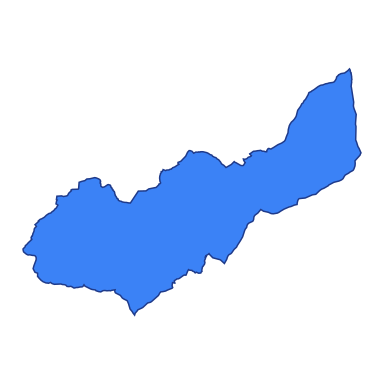 the district of Meresti, Harghita, Romania
{"feature_id": "2599482B24897883933358", "entity_name": "Meresti", "entity_type": "district", "adm_level": 2, "iso_a3": "ROU", "parent_name": "Romania", "parent_adm1": "Harghita", "projection": "albers", "projection_center": [25.555, 46.251], "detail": "fine", "context": "isolated", "style": "filled", "palette": "blue", "viewbox_px": 384, "rotation_deg": 0, "n_neighbors": 0, "source": "geoboundaries", "source_scale": "gbopen_adm2", "svg_char_len": 5960}
<svg xmlns="http://www.w3.org/2000/svg" viewBox="0 0 384 384"><path d="M134.6,315.1L135.2,313.2L137.2,310.9L137.9,309.8L141.7,308.1L142.9,307.4L147.6,303.0L150.3,302.3L151.4,301.7L158.4,295.5L159.8,293.0L160.7,291.9L163.0,291.6L165.7,291.0L167.4,290.1L172.0,288.3L172.7,287.6L172.1,285.8L172.5,282.6L174.8,283.1L174.7,282.2L174.2,281.2L174.3,280.8L174.6,280.5L175.9,279.7L176.8,279.0L178.4,278.8L179.5,278.3L183.5,275.4L184.8,275.0L185.9,275.2L186.1,275.0L187.5,271.5L188.5,269.6L189.6,270.2L192.0,270.4L192.4,271.0L194.3,271.8L194.7,272.5L195.2,272.9L196.4,272.2L198.6,273.2L200.8,273.0L201.2,272.1L202.0,271.4L201.8,270.2L202.0,269.1L202.5,266.8L203.2,266.2L203.6,265.4L204.4,264.5L204.9,262.8L204.9,262.0L204.6,261.8L204.5,261.0L204.9,259.6L205.4,258.8L205.5,257.8L205.2,257.6L205.3,256.9L206.3,256.7L206.4,256.4L206.0,255.9L205.9,255.7L208.3,254.3L209.0,253.6L209.7,254.6L212.8,257.8L220.0,259.7L220.7,260.1L224.4,263.5L226.7,259.4L227.5,256.9L228.3,255.4L229.1,254.6L230.7,253.8L231.6,253.0L234.1,249.4L236.5,247.2L237.5,245.2L240.4,240.7L242.6,236.9L244.7,230.4L245.3,229.1L246.6,227.5L247.1,225.3L247.7,224.2L249.0,223.0L252.3,221.5L253.0,221.0L253.6,219.6L253.9,217.1L254.3,216.1L255.3,214.9L257.8,213.1L260.8,209.5L263.5,211.2L268.4,212.3L271.2,213.6L273.3,213.8L277.4,213.1L279.0,212.3L280.4,211.3L284.1,209.1L289.0,207.0L291.1,206.5L294.3,205.1L297.1,204.5L297.2,203.0L297.8,200.5L298.5,199.2L299.2,198.6L305.2,198.0L312.5,194.8L315.8,194.3L319.0,191.2L320.5,189.9L321.8,189.1L324.0,188.2L327.3,186.3L328.3,185.7L328.8,185.0L333.9,182.3L339.1,181.0L341.5,179.9L343.0,178.7L344.4,176.2L345.3,175.0L348.7,173.1L350.1,172.0L352.4,170.8L353.3,170.1L354.0,168.8L355.0,165.9L355.2,163.4L355.0,160.8L360.0,155.2L360.6,153.5L361.0,152.9L359.1,148.5L357.9,146.5L356.6,142.2L355.7,140.0L356.0,126.5L355.5,124.3L355.6,122.1L356.2,114.4L353.9,108.2L353.4,106.0L353.7,102.2L351.4,87.5L351.3,87.0L351.1,86.7L351.5,83.2L351.7,82.2L351.5,80.7L351.9,79.7L351.6,77.4L351.7,77.1L351.1,73.1L350.9,73.2L350.7,72.3L350.2,71.6L350.4,71.2L350.1,69.9L349.5,68.9L347.8,70.7L344.6,73.0L341.0,73.6L338.5,74.9L338.3,75.4L338.0,75.6L336.6,77.0L336.4,78.4L335.9,79.4L335.1,80.7L334.1,81.9L333.0,82.4L328.9,83.0L327.5,83.5L325.6,83.8L322.6,85.0L321.3,85.1L320.3,85.4L318.1,86.6L313.5,90.0L311.7,91.0L311.3,91.5L309.1,92.5L308.8,92.8L308.3,94.4L305.8,98.9L305.0,99.9L304.1,100.7L303.0,103.0L301.8,103.8L300.6,106.3L297.7,110.3L296.3,115.8L295.9,116.8L294.4,119.1L292.8,120.9L291.4,122.1L290.1,124.1L289.3,125.7L288.3,129.5L288.0,132.8L286.4,136.6L285.3,139.9L284.4,141.2L281.6,143.1L278.1,144.6L276.5,145.6L273.4,147.6L271.9,148.4L271.6,148.8L270.6,149.0L269.1,148.5L268.4,148.5L268.0,148.7L268.0,149.0L266.9,150.3L266.7,151.7L265.1,151.7L264.0,151.2L262.4,151.2L261.0,150.5L260.2,150.3L259.3,150.6L258.2,150.6L255.5,151.1L253.4,151.3L250.5,153.4L249.7,153.8L249.9,154.3L251.4,155.6L250.9,156.3L249.9,156.8L248.3,157.2L246.8,158.7L244.8,159.3L243.4,159.0L243.6,160.1L244.0,160.7L244.4,161.7L245.2,162.5L243.4,165.4L242.6,165.6L240.9,165.5L235.8,162.6L234.9,162.3L234.2,161.6L231.3,164.5L226.0,167.5L223.9,165.4L221.5,163.8L220.6,162.1L218.6,159.7L217.2,159.0L215.9,157.6L214.6,157.3L213.0,156.4L212.6,156.3L211.8,155.1L210.1,154.6L208.3,153.3L207.6,153.1L207.0,152.7L203.3,151.8L202.0,151.7L200.2,151.8L199.9,152.1L198.6,151.9L198.1,152.2L195.8,152.1L193.7,153.2L192.0,151.3L190.1,150.6L189.1,150.6L187.6,152.2L185.7,156.2L180.8,161.3L178.0,162.4L178.0,163.5L178.8,164.3L178.6,164.4L174.6,167.0L172.7,167.7L172.0,168.5L171.5,168.7L171.2,169.2L170.1,169.2L169.5,169.7L168.4,170.0L166.8,170.0L165.7,170.6L163.1,169.6L162.9,170.3L162.1,171.6L161.2,171.6L161.2,172.6L160.3,174.0L160.4,174.4L159.8,176.1L159.6,178.1L160.0,181.4L160.4,182.2L160.6,183.0L160.0,183.7L158.9,184.1L158.8,184.8L156.8,186.8L156.2,187.4L148.8,188.9L146.0,190.9L138.3,191.1L130.4,203.0L128.5,202.9L126.2,202.4L124.8,202.4L122.1,201.9L121.5,201.4L119.7,201.0L118.4,200.3L118.2,199.4L117.9,199.2L117.8,198.7L117.0,198.5L116.7,197.6L115.8,196.1L115.3,195.6L115.2,194.9L114.7,193.4L114.6,192.3L114.2,191.5L112.9,190.2L113.0,189.7L112.4,189.0L112.0,188.8L111.8,187.8L111.2,187.5L110.8,186.8L110.9,186.2L110.4,185.8L110.3,185.2L108.6,184.6L107.7,184.7L104.6,186.8L102.6,187.4L100.9,186.2L100.8,185.8L100.8,184.1L100.4,183.6L100.5,183.4L100.2,183.1L100.2,182.6L100.2,182.0L100.5,182.0L100.6,181.1L100.0,179.8L98.9,179.0L96.5,178.0L94.8,177.6L89.7,178.8L86.8,179.0L84.9,180.6L81.7,181.4L79.1,182.3L78.6,188.7L78.1,189.2L72.1,189.4L71.0,190.1L71.3,190.8L69.0,192.9L68.4,193.8L67.8,195.1L67.2,195.7L66.3,196.0L63.5,196.5L61.6,195.9L56.9,196.2L56.4,199.6L57.2,200.0L56.6,200.9L56.0,203.9L56.9,204.3L57.9,205.1L56.5,207.6L56.1,208.2L55.0,208.9L54.6,209.6L53.4,210.9L52.3,211.5L50.7,213.1L48.9,213.5L46.4,215.2L44.4,217.2L41.5,218.9L40.7,219.1L39.9,219.5L38.3,221.0L38.7,221.4L35.0,224.7L35.6,225.3L36.4,226.5L35.1,227.7L34.4,228.6L34.2,229.3L34.1,230.6L33.8,231.7L33.5,232.3L32.8,233.9L32.7,234.6L32.3,236.0L31.9,236.0L31.2,237.3L31.1,237.9L31.5,238.4L31.3,239.2L31.7,239.3L31.8,239.5L28.4,242.6L26.5,244.8L25.4,245.5L25.2,246.7L23.0,249.0L23.2,250.5L23.6,251.9L26.4,254.2L28.1,255.0L29.7,254.8L32.5,255.4L34.3,255.5L35.0,255.8L35.7,256.5L36.2,257.8L36.1,259.9L33.9,265.8L33.1,268.7L35.0,272.3L37.6,273.2L37.6,276.7L38.5,277.1L38.8,277.9L41.0,280.2L43.0,281.7L46.1,283.0L47.5,283.0L48.2,283.3L49.7,282.8L50.5,282.4L52.1,283.6L54.3,284.3L61.0,284.0L62.3,284.5L64.6,284.7L65.8,285.1L67.0,286.4L68.9,286.6L70.9,286.3L72.8,287.3L73.6,287.9L74.4,288.0L76.5,287.5L77.9,287.5L79.9,287.0L81.9,286.9L82.6,286.7L83.1,286.2L84.0,284.8L84.9,286.1L90.7,289.0L92.2,289.5L95.1,289.9L95.6,290.1L95.9,290.7L98.6,291.6L100.0,291.8L100.8,291.9L102.9,290.7L104.2,290.5L106.0,290.6L106.8,290.8L109.4,290.6L110.4,290.8L111.9,290.3L115.0,289.8L114.7,290.6L115.0,292.1L115.5,292.9L120.4,295.4L122.3,298.0L123.8,299.0L127.2,300.7L128.5,303.7L130.1,309.1L132.2,311.6L132.9,312.9L134.6,315.1Z" fill="#3b82f6" stroke="#1e3a8a" stroke-width="1.5"/></svg>